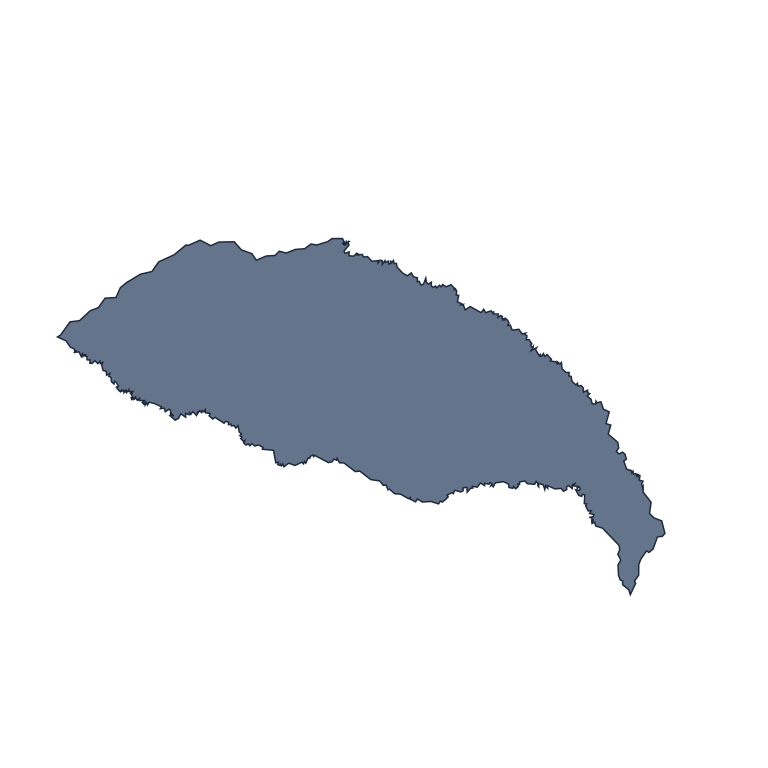 outline of Paz De Ariporo, Casanare, Colombia, rotated 204°
{"feature_id": "7082276B32488030547396", "entity_name": "Paz De Ariporo", "entity_type": "district", "adm_level": 2, "iso_a3": "COL", "parent_name": "Colombia", "parent_adm1": "Casanare", "projection": "natural_earth1", "projection_center": [-71.123, 5.772], "detail": "fine", "context": "isolated", "style": "filled", "palette": "slate", "viewbox_px": 768, "rotation_deg": 204, "n_neighbors": 0, "source": "geoboundaries", "source_scale": "gbopen_adm2", "svg_char_len": 6148}
<svg xmlns="http://www.w3.org/2000/svg" viewBox="0 0 768 768"><g transform="rotate(204 384 384)"><path d="M685.3,290.0L681.8,290.2L679.4,288.0L680.0,286.2L678.9,287.9L679.2,289.9L678.1,287.9L675.7,289.3L671.7,285.9L671.8,288.7L670.3,286.8L670.0,289.0L668.6,289.2L669.4,287.8L666.6,288.3L665.1,285.3L662.2,286.4L661.2,283.3L659.0,284.1L657.5,287.8L653.8,286.2L652.6,289.2L651.4,287.2L649.7,289.2L649.6,286.5L646.2,282.1L642.9,282.6L641.0,279.2L638.8,282.1L638.5,279.0L636.1,279.0L633.9,275.2L630.7,274.2L631.3,276.8L629.5,276.7L625.6,274.1L627.2,272.2L623.7,270.2L621.5,269.7L621.3,272.4L620.9,270.5L619.1,272.3L618.1,270.4L617.7,272.9L616.7,273.8L617.4,272.1L615.7,271.2L614.8,275.1L614.0,273.4L610.6,274.9L611.8,272.8L609.7,273.3L611.1,272.1L608.1,269.6L609.4,268.6L608.1,267.2L606.0,270.7L606.0,268.6L604.7,270.2L602.7,268.8L601.5,271.4L600.9,269.4L596.3,271.3L597.3,268.7L595.4,268.0L595.7,270.7L593.7,267.6L593.4,270.5L591.6,268.6L591.0,271.9L585.6,272.8L578.0,272.7L578.3,270.5L574.8,272.5L572.5,269.7L570.1,273.6L568.1,272.9L566.5,268.9L566.3,270.6L563.8,269.4L566.4,268.0L560.0,266.0L557.7,269.1L557.6,274.1L551.7,273.0L553.3,276.6L549.6,276.6L550.0,278.9L548.1,277.7L547.4,281.1L542.5,279.0L542.8,283.6L542.1,281.9L541.6,284.5L539.0,283.7L539.4,285.6L537.3,285.3L536.8,287.8L535.4,285.1L530.9,286.4L530.8,283.8L526.2,282.3L524.8,284.8L514.1,283.1L513.5,285.5L510.5,285.9L509.6,283.6L507.5,285.1L506.5,283.6L504.1,285.0L501.4,283.5L500.4,286.6L496.7,281.2L493.8,280.4L494.7,278.2L492.0,277.7L492.7,275.9L489.2,274.5L488.2,275.8L488.3,273.1L485.2,272.1L483.6,274.1L481.4,273.0L480.5,275.7L476.7,274.8L473.9,277.3L468.8,276.9L468.6,274.9L458.0,278.5L450.8,268.0L448.7,269.5L448.3,267.1L445.8,267.4L446.1,268.7L444.2,267.6L443.9,269.8L441.7,267.7L438.8,272.9L432.1,273.4L427.3,279.1L425.0,278.3L425.2,280.8L423.2,279.9L423.3,285.5L421.6,285.8L421.8,288.2L419.6,290.4L418.8,289.1L418.0,290.6L402.8,289.6L399.8,291.8L399.2,295.0L396.3,295.1L396.6,296.9L392.6,293.9L388.5,295.6L374.7,292.3L370.6,294.6L357.2,291.3L348.5,293.7L343.4,291.1L340.9,292.5L337.3,289.0L336.1,290.1L329.5,288.1L324.2,290.1L314.7,289.2L313.8,291.0L313.1,289.5L307.2,289.2L306.7,292.5L300.9,291.8L293.5,295.7L285.4,296.7L284.9,300.0L282.6,299.9L280.6,303.9L279.5,307.0L281.2,308.1L277.6,312.4L276.0,312.1L276.2,315.7L269.8,316.7L268.3,318.8L269.6,321.1L266.3,323.4L264.0,319.0L262.5,323.9L260.6,325.0L261.7,326.5L256.8,327.7L255.6,332.8L250.8,332.1L251.5,334.2L247.3,335.2L246.9,336.9L244.8,336.8L245.0,334.3L244.0,335.6L242.4,334.5L242.1,339.0L235.0,343.4L229.5,343.2L227.7,340.3L223.9,341.1L223.9,343.2L221.1,341.8L219.7,344.8L220.9,346.9L219.3,347.2L220.3,349.7L215.6,352.7L212.6,351.2L205.6,353.6L205.4,356.9L202.6,355.4L202.3,353.8L200.9,353.1L202.4,356.1L197.5,356.7L194.2,353.0L194.9,356.4L192.1,355.4L193.6,357.7L185.1,357.7L179.7,360.7L176.5,359.0L174.1,361.9L175.4,364.3L174.3,366.2L169.6,365.1L171.0,368.2L169.3,370.5L169.5,368.0L166.3,369.0L164.9,367.1L164.5,369.6L162.3,368.4L162.2,366.2L165.9,365.4L161.0,361.5L157.6,361.7L158.0,363.8L155.5,364.4L152.4,356.2L150.1,356.9L150.3,354.7L145.8,351.1L143.2,352.5L143.5,349.3L139.3,350.2L138.9,347.9L142.3,345.5L139.7,346.5L138.4,343.3L138.0,345.9L137.0,341.4L135.6,343.4L132.7,340.4L125.7,341.2L103.5,332.1L101.2,328.4L101.1,323.5L96.0,319.4L96.7,314.0L92.0,304.7L88.7,301.2L86.0,301.2L84.4,297.7L76.7,295.6L73.3,291.7L73.0,304.3L75.0,305.8L73.6,312.9L77.9,322.9L78.1,328.7L76.3,338.3L73.4,337.9L71.1,342.7L72.0,355.5L67.8,358.0L66.6,361.8L74.6,371.9L83.1,371.5L88.8,373.8L91.9,384.6L103.2,390.6L105.7,396.0L105.8,394.7L107.9,397.2L107.9,400.6L111.7,399.9L112.8,404.3L114.2,404.5L114.2,402.9L115.5,404.4L115.9,402.7L117.5,404.6L119.3,403.1L121.1,405.6L121.5,403.6L122.8,405.5L127.7,404.9L133.6,411.1L132.0,413.9L135.3,417.9L138.3,418.8L140.9,415.7L144.3,416.9L143.6,421.0L146.7,425.8L158.8,429.4L160.1,438.7L165.1,438.1L166.9,450.1L173.4,450.3L178.6,456.0L181.9,453.4L183.4,454.5L182.6,451.9L185.7,450.5L188.6,454.3L193.6,455.7L192.1,458.8L194.4,458.9L195.5,461.1L198.5,457.6L200.3,461.4L203.2,462.8L206.0,461.0L207.6,463.3L208.4,461.2L213.3,462.9L216.1,467.0L218.5,466.6L219.5,469.8L222.3,468.6L227.5,470.3L230.7,475.8L231.5,473.9L233.9,474.6L232.9,473.5L234.1,472.8L235.1,474.4L241.4,472.7L241.2,474.7L247.1,477.3L248.1,474.6L250.8,476.6L251.0,473.5L252.5,473.2L253.2,475.4L253.5,472.9L259.7,477.2L259.4,479.2L263.1,474.4L262.6,477.7L263.0,479.0L263.3,477.7L265.9,479.0L265.3,480.8L269.6,483.6L272.1,482.2L272.9,486.1L275.8,486.7L275.3,488.0L278.3,486.0L283.1,488.8L288.8,485.3L292.6,489.2L294.7,487.8L294.5,490.4L296.7,492.4L299.9,493.4L299.5,491.7L301.4,490.9L301.0,492.3L303.1,491.8L303.2,493.8L305.3,494.0L306.9,491.1L308.2,494.4L312.6,492.5L313.1,495.1L313.2,493.1L315.9,494.4L320.2,490.5L323.3,492.8L324.3,488.7L336.8,489.8L340.0,484.7L343.6,488.4L344.8,487.5L344.2,488.7L346.1,487.6L345.6,488.9L350.4,489.0L351.8,495.4L354.2,494.6L355.4,498.5L357.5,500.0L358.4,497.9L358.6,500.1L363.1,502.0L366.9,498.0L370.8,498.8L371.3,496.0L373.4,496.8L375.0,493.2L376.8,494.5L378.0,492.4L380.7,492.8L382.1,496.3L384.1,493.3L386.6,494.2L388.9,497.7L388.5,491.2L390.3,489.5L393.7,492.1L395.2,491.0L396.7,494.6L400.6,494.0L404.3,496.6L406.7,492.3L412.3,493.0L419.7,496.2L421.7,499.2L423.8,498.2L425.6,500.7L426.3,497.9L428.4,499.4L427.0,497.2L428.2,495.4L430.1,498.0L432.2,495.7L433.3,497.1L434.2,492.4L435.7,496.0L438.0,495.5L438.7,492.4L439.5,494.4L444.9,491.2L450.9,493.7L454.4,491.6L456.5,493.6L460.7,491.0L460.4,492.2L462.2,492.3L463.7,488.5L468.1,486.9L469.6,490.5L472.7,487.5L474.6,489.1L472.5,496.6L474.5,498.6L473.8,500.0L474.6,499.8L474.9,497.3L476.4,498.7L475.9,494.4L477.4,496.7L477.5,495.0L479.0,495.6L478.4,497.6L481.0,500.0L490.7,495.7L493.4,491.1L501.9,483.7L507.7,482.1L511.5,475.3L519.7,470.9L526.6,463.9L533.7,462.7L535.8,457.1L543.5,453.1L551.0,445.2L557.7,449.3L568.8,448.5L578.7,453.0L592.6,446.5L598.5,439.9L610.5,440.6L619.3,430.9L621.4,430.5L628.2,416.8L639.5,403.9L641.8,392.3L651.1,385.3L660.4,372.0L664.0,364.8L664.0,354.0L673.7,349.0L676.0,337.6L682.2,331.4L687.9,318.0L696.1,313.1L699.4,297.1L701.4,294.2L692.1,294.1L685.3,290.0Z" fill="#64748b" stroke="#1e293b" stroke-width="1.5"/></g></svg>